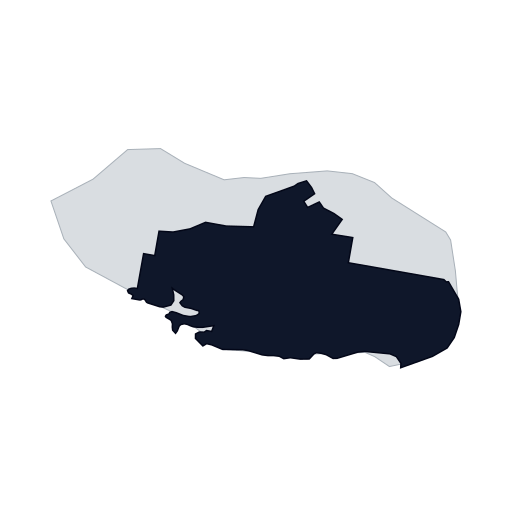 Ar Rayyān on a map of Qatar (Robinson projection), rotated 280°
{"feature_id": "QAT-1100", "entity_name": "Ar Rayyān", "entity_type": "Municipality", "adm_level": 1, "iso_a3": "QAT", "parent_name": "Qatar", "parent_adm1": "", "projection": "robinson", "projection_center": [50.968, 25.185], "detail": "fine", "context": "in_parent", "style": "filled", "palette": "ink", "viewbox_px": 512, "rotation_deg": 280, "n_neighbors": 0, "source": "natural_earth", "source_scale": "10m", "svg_char_len": 2197}
<svg xmlns="http://www.w3.org/2000/svg" viewBox="0 0 512 512"><g transform="rotate(280 256 256)"><path d="M276.1,454.9L255.6,460.4L236.3,466.2L220.1,466.1L207.2,463.8L198.6,458.1L182.0,435.7L170.3,406.6L177.5,390.4L180.0,380.2L164.1,303.6L159.0,244.7L160.9,232.6L169.9,218.7L185.0,188.0L193.0,158.4L215.6,90.1L239.5,63.8L274.6,44.5L303.4,82.2L338.5,111.1L345.2,143.3L334.9,169.6L325.5,211.4L331.2,230.6L333.3,247.2L342.9,275.1L352.2,311.4L353.8,336.6L348.9,360.0L336.7,379.6L312.6,438.7L305.5,444.9L276.1,454.9Z" fill="#d9dde1" stroke="#a8b0b8" stroke-width="1"/><path d="M223.8,467.5L210.1,465.4L198.6,460.2L187.8,447.2L171.1,417.9L175.4,417.4L181.3,411.7L182.9,404.9L180.9,379.6L179.0,372.9L169.3,353.6L168.5,349.7L171.0,342.3L171.5,337.1L171.3,332.3L169.8,330.2L163.8,326.3L162.1,317.3L161.8,307.5L159.7,301.2L161.3,296.4L161.0,290.9L160.0,285.0L159.7,279.2L161.5,264.8L161.4,259.2L158.2,239.3L160.8,227.8L161.1,222.6L158.2,219.3L164.3,210.7L168.7,210.0L171.3,213.3L172.0,218.2L174.0,220.2L174.0,225.4L180.1,226.6L176.5,215.9L175.7,211.3L175.4,206.5L175.9,203.5L176.7,200.4L176.8,197.1L175.4,193.8L173.6,192.5L168.6,191.5L165.9,190.2L168.5,186.8L171.5,185.9L174.7,185.5L177.8,183.7L178.5,182.2L180.0,178.1L180.9,177.3L182.4,177.9L183.8,180.4L185.5,180.9L186.7,182.9L186.3,187.4L184.8,194.6L184.8,200.1L185.0,202.1L186.8,207.1L187.9,208.6L189.6,210.1L191.8,209.4L192.3,208.7L192.1,207.4L193.1,201.2L193.2,194.8L194.2,192.0L196.8,189.2L198.4,190.0L200.3,191.8L203.4,192.0L204.9,190.1L208.1,182.4L209.8,179.1L203.5,181.7L197.7,182.8L192.9,180.7L189.6,173.7L189.3,169.9L191.0,157.4L191.5,156.2L193.7,154.2L194.2,152.9L194.0,151.8L192.8,150.2L192.5,149.0L192.5,141.1L195.7,141.9L196.8,139.8L197.5,136.9L199.6,135.5L201.2,136.4L202.5,138.7L203.3,141.7L203.4,144.8L238.8,144.9L238.8,156.2L263.6,156.2L265.2,170.2L271.3,186.4L280.4,200.5L280.3,221.5L284.3,248.6L302.1,250.1L316.4,255.2L331.5,281.6L334.7,284.8L338.8,292.7L333.1,298.8L327.5,302.9L318.2,293.5L312.8,298.4L320.2,308.9L314.9,314.1L311.3,325.5L307.0,334.5L290.6,326.8L290.9,348.1L265.4,348.1L265.4,445.1L263.5,447.9L264.0,449.6L264.1,450.0L248.6,463.1L236.7,467.4L223.8,467.5Z" fill="#0f172a" stroke="#020617" stroke-width="1.5"/></g></svg>